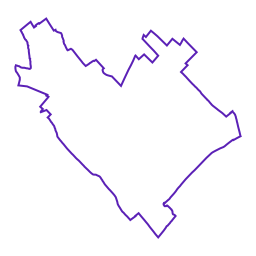 Mileanca, Botosani, Romania
{"feature_id": "2599482B95584741287260", "entity_name": "Mileanca", "entity_type": "district", "adm_level": 2, "iso_a3": "ROU", "parent_name": "Romania", "parent_adm1": "Botosani", "projection": "orthographic", "projection_center": [26.724, 48.084], "detail": "fine", "context": "isolated", "style": "outline", "palette": "violet", "viewbox_px": 256, "rotation_deg": 0, "n_neighbors": 0, "source": "geoboundaries", "source_scale": "gbopen_adm2", "svg_char_len": 5458}
<svg xmlns="http://www.w3.org/2000/svg" viewBox="0 0 256 256"><path d="M175.6,216.0L175.1,215.4L174.6,215.0L174.1,214.7L173.2,214.4L172.9,214.1L172.6,213.2L172.5,212.2L172.4,211.1L172.2,210.8L171.8,210.4L171.7,210.2L171.7,209.8L171.6,209.6L171.1,209.2L170.8,208.9L170.3,208.4L169.7,207.7L169.3,207.4L168.0,206.2L167.8,206.0L167.7,206.0L167.3,205.5L167.2,205.5L166.9,205.7L166.7,205.6L166.3,205.8L166.1,206.1L165.9,206.1L165.5,206.1L165.0,206.2L164.8,206.2L164.7,206.1L164.4,205.9L164.1,205.4L163.7,204.8L163.6,204.5L163.6,204.2L163.6,203.7L163.9,203.4L164.0,203.2L164.0,202.9L164.6,202.6L164.9,202.7L165.0,202.9L166.1,201.8L167.8,200.3L168.1,200.1L168.3,199.8L169.2,199.2L169.7,198.6L170.2,197.8L170.6,197.3L174.0,193.5L175.7,191.4L177.2,189.2L178.6,187.5L179.9,186.2L181.2,184.5L185.6,179.3L192.1,172.5L194.5,170.3L197.8,166.9L206.5,157.8L211.0,153.6L211.6,153.0L213.0,152.1L215.4,150.8L220.3,148.3L223.3,147.1L224.6,146.3L226.6,144.6L229.0,142.7L232.7,139.9L233.4,139.7L233.6,140.0L234.1,139.7L237.1,138.0L240.6,136.2L240.4,135.8L240.3,135.3L240.1,134.5L239.5,131.9L238.5,128.1L238.2,126.9L237.2,122.5L237.0,122.0L236.6,119.9L235.9,117.5L235.8,116.7L235.7,116.4L235.2,115.2L235.1,114.7L234.8,114.3L234.4,113.7L234.2,113.4L232.9,112.1L232.6,111.5L232.5,111.2L230.5,112.7L230.7,113.0L226.2,116.6L222.4,113.1L222.0,112.8L217.8,109.7L217.4,109.3L212.9,105.8L211.7,104.7L211.3,104.3L211.2,104.0L210.6,103.4L209.7,102.4L209.6,102.2L208.8,101.2L208.0,100.4L207.4,100.0L207.4,99.9L207.3,99.7L205.9,98.3L204.0,96.3L202.1,94.3L201.4,93.5L201.0,92.9L200.4,91.9L200.0,91.3L199.2,90.6L198.9,90.4L198.4,89.9L197.2,88.6L196.8,88.1L196.2,87.5L195.0,86.5L194.4,85.8L193.1,84.5L192.7,84.2L189.7,81.0L188.5,79.7L186.7,77.7L186.2,77.1L185.2,76.1L184.4,75.3L182.8,73.6L181.3,72.3L181.0,72.0L187.6,65.2L185.6,63.4L196.7,52.2L187.6,42.9L183.6,38.6L182.3,40.6L181.2,42.8L179.9,44.9L172.4,38.8L166.9,45.5L157.4,36.2L153.8,33.1L150.9,30.7L145.9,37.0L143.7,35.0L142.6,38.1L142.5,38.8L142.6,39.1L142.9,39.2L143.7,40.1L149.8,46.6L153.6,50.5L158.2,55.7L152.4,62.5L144.1,54.4L138.8,59.2L135.5,55.5L135.3,55.7L135.0,56.3L134.0,58.7L133.1,60.8L131.0,65.1L128.5,69.8L124.4,78.5L121.0,85.9L111.9,76.4L110.6,76.1L108.0,75.4L106.5,74.9L105.2,74.1L103.7,73.0L103.0,71.8L102.6,70.2L102.7,69.4L103.4,68.6L103.8,68.3L96.0,59.8L95.3,60.3L94.5,60.9L94.3,61.0L94.0,60.8L93.8,60.8L93.5,60.8L92.0,61.7L91.2,62.3L89.7,63.2L89.2,63.7L88.2,64.4L86.2,65.7L85.7,66.0L82.8,63.0L82.2,62.2L81.6,61.4L77.4,56.2L73.7,51.4L72.6,50.0L72.3,49.7L71.2,49.0L70.9,48.8L67.7,50.3L67.4,50.1L66.0,47.5L65.0,45.1L64.2,44.0L64.0,43.5L63.5,41.6L63.7,41.3L63.7,40.9L63.6,40.4L63.4,39.9L63.2,39.4L62.7,38.0L62.3,37.3L62.1,36.7L62.1,36.0L62.1,35.6L61.7,34.4L61.2,33.3L61.0,33.1L60.8,33.0L57.7,32.1L56.9,31.7L56.0,31.1L55.8,30.9L55.7,30.7L55.5,29.8L53.8,30.6L49.3,23.6L46.2,18.6L39.4,23.6L39.2,23.3L39.1,23.2L38.6,23.5L38.4,23.3L36.5,24.6L35.5,25.5L35.9,26.1L34.0,27.5L32.4,24.9L30.6,21.8L26.9,24.8L20.5,30.1L20.7,30.4L20.9,30.6L21.2,31.5L21.5,31.7L21.7,32.1L21.9,32.6L22.5,33.8L22.8,34.2L23.1,34.5L23.1,35.1L23.6,36.1L23.9,36.8L24.1,37.6L24.6,38.3L25.1,39.3L25.6,39.8L26.1,40.1L26.4,40.8L26.7,41.2L27.4,42.3L27.5,42.7L27.5,43.7L27.8,44.7L27.9,45.3L28.1,45.4L28.3,45.6L28.1,46.0L28.1,46.4L28.2,46.6L28.1,47.8L28.3,48.4L28.7,49.4L28.8,49.9L28.8,50.6L28.8,51.4L29.2,54.6L29.4,55.7L29.6,58.4L30.1,58.6L30.0,59.0L30.1,59.5L30.1,59.8L30.2,60.4L30.2,60.9L30.3,61.2L30.4,61.5L30.5,61.8L30.4,62.5L30.4,64.0L30.8,66.2L30.8,67.2L30.8,68.0L30.4,68.5L29.8,68.9L29.0,68.8L27.2,68.3L26.5,68.3L25.3,68.0L24.0,67.7L23.2,67.8L22.1,67.7L20.9,67.4L19.1,66.2L18.3,66.1L16.7,65.5L16.2,65.4L15.9,65.3L15.7,66.0L15.4,66.7L15.4,67.3L15.4,68.3L15.6,69.7L15.8,70.8L16.1,71.6L16.8,72.4L17.1,72.8L18.5,75.1L19.6,77.0L19.8,77.5L19.8,78.8L19.8,79.9L19.5,81.0L19.0,83.1L18.4,85.4L19.3,85.5L27.1,86.4L47.2,94.7L46.5,95.5L47.0,95.7L46.8,95.9L47.2,96.1L47.3,96.0L48.5,96.8L47.9,97.6L40.2,106.7L42.8,109.0L41.7,110.4L41.3,110.9L40.9,111.6L40.7,112.0L40.8,112.2L46.5,110.0L50.7,114.4L47.7,117.5L48.9,118.6L49.3,119.1L50.4,120.8L50.8,121.5L51.2,122.1L51.7,122.5L52.9,124.4L53.4,125.0L53.8,125.5L54.0,125.8L54.3,126.4L54.6,127.6L55.2,128.8L55.3,129.3L55.4,130.0L55.6,130.6L55.9,131.2L56.4,132.3L56.7,132.9L57.1,134.7L57.3,136.1L57.4,136.6L57.6,136.9L57.9,137.3L60.2,140.3L61.4,141.6L61.7,142.1L62.3,142.8L62.8,143.4L63.4,144.0L64.2,145.0L65.0,146.0L65.8,147.0L67.1,148.6L69.5,151.2L71.9,153.8L72.8,154.6L74.1,156.0L76.1,158.2L77.4,159.4L78.6,160.4L79.4,161.2L82.4,164.4L84.0,166.0L84.4,166.6L85.4,167.5L86.6,168.7L87.4,169.4L89.0,171.0L89.9,171.9L91.1,173.0L92.5,174.1L92.8,174.3L93.2,174.5L93.9,174.6L95.7,174.7L95.9,174.7L97.1,175.3L99.1,176.2L99.6,176.5L99.9,176.8L100.4,177.4L101.2,178.6L101.5,179.2L102.0,179.8L102.3,180.2L102.5,180.8L103.4,182.0L104.8,184.3L105.4,185.0L107.1,187.0L108.8,189.0L109.4,189.6L110.1,190.3L112.8,193.3L114.4,195.2L115.7,197.1L115.8,197.3L116.3,198.8L117.3,201.9L117.5,203.0L117.6,203.5L117.7,204.0L117.9,204.4L118.2,205.0L118.5,205.6L120.1,208.1L120.8,209.3L122.0,211.2L122.3,211.6L122.6,211.9L122.9,212.2L123.3,212.4L123.6,212.7L124.6,213.9L125.4,214.8L127.4,216.7L127.9,217.3L128.7,218.2L130.1,219.7L130.3,220.0L135.5,216.2L135.3,215.9L138.6,213.2L141.5,216.7L144.9,220.7L145.6,221.6L147.8,224.2L149.9,227.1L153.2,231.2L155.4,234.1L158.2,237.4L163.8,230.5L165.8,227.7L166.5,226.4L166.8,226.1L167.6,225.7L168.5,224.6L169.9,223.1L170.6,222.0L171.9,220.7L172.5,219.8L175.6,216.0Z" fill="none" stroke="#5b21b6" stroke-width="2"/></svg>